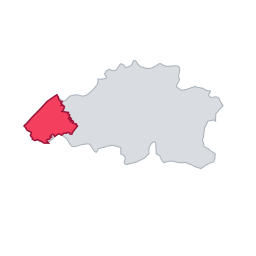 West Flanders on a map of Belgium (Robinson projection), rotated 340°
{"feature_id": "BEL-3479", "entity_name": "West Flanders", "entity_type": "Province", "adm_level": 1, "iso_a3": "BEL", "parent_name": "Belgium", "parent_adm1": "", "projection": "robinson", "projection_center": [3.055, 51.038], "detail": "fine", "context": "in_parent", "style": "filled", "palette": "rose", "viewbox_px": 256, "rotation_deg": 340, "n_neighbors": 0, "source": "natural_earth", "source_scale": "10m", "svg_char_len": 3232}
<svg xmlns="http://www.w3.org/2000/svg" viewBox="0 0 256 256"><g transform="rotate(340 128 128)"><path d="M116.5,71.7L120.4,73.3L123.9,73.7L125.4,73.0L124.4,69.1L127.2,67.1L130.3,66.2L131.8,67.8L134.6,69.5L136.9,69.5L142.9,65.1L144.4,66.0L145.7,67.6L146.0,68.8L146.3,70.1L147.6,70.7L152.4,70.4L154.8,68.0L156.7,66.5L158.2,67.5L158.9,70.5L160.3,74.3L166.1,78.5L170.9,79.8L176.9,78.9L179.2,78.2L180.9,78.8L182.5,81.0L185.9,83.6L193.2,85.5L195.4,86.5L197.0,88.2L196.6,90.7L193.2,96.9L192.8,98.7L193.3,99.3L192.6,100.4L188.2,104.6L187.8,106.0L189.4,108.4L190.6,110.4L193.3,111.4L195.9,111.7L200.7,111.8L205.8,111.9L206.4,113.1L212.2,116.4L214.0,119.1L218.2,121.6L214.8,124.9L215.4,126.3L216.6,127.8L221.3,128.7L223.6,130.8L223.8,134.1L225.0,139.4L215.5,144.6L212.9,150.5L212.7,151.7L212.4,151.5L211.3,149.6L209.5,149.6L205.5,148.8L200.1,154.1L197.7,158.5L196.2,161.8L194.0,164.5L193.6,167.4L193.9,168.5L193.2,170.1L193.2,171.7L196.4,174.9L197.2,176.6L201.2,182.2L200.0,184.3L199.1,186.5L198.0,188.1L196.7,189.1L192.7,189.0L187.6,189.7L184.2,190.9L182.4,190.9L178.7,188.1L174.5,183.8L171.8,181.8L170.6,180.1L167.4,179.4L162.8,177.3L159.5,175.0L156.8,173.6L152.9,172.9L149.7,173.0L148.7,169.2L148.3,164.9L145.7,161.9L149.1,150.8L147.0,149.7L144.7,150.6L141.4,153.2L139.8,156.4L138.9,159.2L133.3,161.9L124.3,162.9L114.6,161.9L113.2,161.2L112.6,160.3L112.6,159.3L113.2,157.8L114.9,156.0L115.3,153.4L113.6,151.1L112.4,150.3L112.9,148.1L114.1,145.3L114.4,143.8L107.8,139.0L103.0,138.1L98.4,137.9L94.8,137.4L92.8,137.6L91.3,139.0L89.8,140.0L88.7,138.8L86.6,130.4L85.1,129.2L79.1,127.8L71.0,127.3L68.8,125.8L67.6,122.0L66.9,117.5L64.2,113.1L62.8,112.0L60.4,110.1L56.2,110.9L51.1,113.4L48.1,114.1L47.0,114.4L42.9,111.9L38.4,108.1L34.7,104.0L33.9,101.7L35.0,99.0L33.7,96.9L31.7,93.0L31.2,90.0L53.0,79.4L66.3,73.9L72.6,72.3L74.1,77.8L75.2,79.5L76.7,80.6L78.7,80.9L81.0,79.5L84.1,78.1L89.2,78.7L92.9,80.1L94.3,81.4L96.7,82.7L100.3,83.0L107.2,80.6L113.8,76.8L115.8,74.1L116.5,71.7Z" fill="#d9dde1" stroke="#a8b0b8" stroke-width="1"/><path d="M37.4,108.0L37.0,108.0L36.3,107.9L35.9,107.8L35.7,107.4L35.2,106.6L35.0,106.4L34.4,106.1L34.2,105.9L34.3,105.6L34.7,104.9L34.7,104.5L33.7,101.8L34.0,101.2L35.2,100.3L35.5,99.9L35.3,98.6L34.6,97.7L32.8,96.1L32.3,94.9L31.8,92.1L31.0,90.6L32.0,90.0L33.9,89.5L40.8,85.5L51.2,80.6L61.3,75.3L72.5,72.5L73.0,74.9L72.8,76.5L72.7,77.9L73.5,79.5L74.7,80.6L75.0,80.7L75.1,80.8L73.4,81.7L74.3,83.3L73.1,84.0L74.5,84.3L75.6,86.0L73.8,88.7L71.6,89.8L77.3,93.0L76.2,93.7L77.7,95.7L76.4,97.3L77.3,98.2L75.7,98.8L78.2,99.7L77.2,99.7L77.9,100.3L77.6,100.6L76.4,100.5L76.8,101.2L76.1,101.7L76.5,102.6L77.7,102.0L78.5,102.3L78.9,103.5L77.7,104.4L80.8,106.6L80.2,107.2L81.3,108.5L81.2,108.9L78.1,110.8L75.8,112.1L73.5,114.0L73.3,114.5L72.8,114.4L72.5,114.4L71.3,113.6L71.4,112.8L70.3,111.6L68.2,111.8L66.1,110.9L63.8,111.8L63.2,112.0L62.4,110.8L61.5,110.1L60.2,109.8L56.2,110.8L56.2,110.6L55.7,108.5L55.0,108.1L52.0,109.0L52.0,109.3L53.0,110.3L51.1,110.9L50.9,111.5L49.5,111.7L48.8,111.2L48.4,111.2L47.1,111.9L48.1,114.5L48.3,115.1L44.3,113.6L43.4,113.0L43.1,112.6L42.4,111.4L42.1,110.9L40.3,109.5L39.9,109.0L39.8,108.6L39.5,108.2L38.9,108.0L38.4,107.9L37.4,108.0Z" fill="#f43f5e" stroke="#9f1239" stroke-width="1.5"/></g></svg>